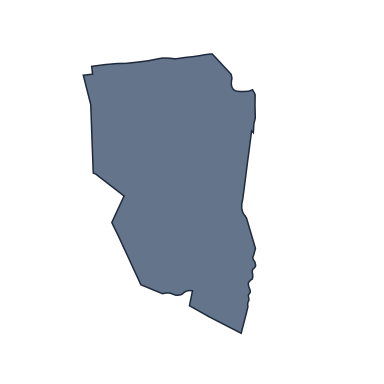 El Porvenir, Chiapas, Mexico, rotated 253°
{"feature_id": "50627088B63414133184656", "entity_name": "El Porvenir", "entity_type": "district", "adm_level": 2, "iso_a3": "MEX", "parent_name": "Mexico", "parent_adm1": "Chiapas", "projection": "albers", "projection_center": [-92.269, 15.429], "detail": "fine", "context": "isolated", "style": "filled", "palette": "slate", "viewbox_px": 384, "rotation_deg": 253, "n_neighbors": 0, "source": "geoboundaries", "source_scale": "gbopen_adm2", "svg_char_len": 1927}
<svg xmlns="http://www.w3.org/2000/svg" viewBox="0 0 384 384"><g transform="rotate(253 192 192)"><path d="M335.5,122.2L305.1,120.7L271.4,111.7L239.0,103.1L238.8,103.4L237.3,105.2L233.4,107.9L228.5,111.4L221.0,116.7L208.5,125.5L208.0,125.9L206.8,124.8L204.9,123.1L204.4,122.6L193.5,112.8L186.3,106.4L181.3,107.1L180.3,107.3L180.2,107.3L177.2,107.8L174.5,108.2L174.3,108.3L174.2,108.3L173.8,108.4L163.7,109.8L158.8,110.4L155.0,111.0L149.9,111.7L144.7,112.4L139.5,113.1L134.8,113.7L129.3,114.5L125.1,115.1L118.2,116.0L103.4,134.0L102.9,138.2L102.0,140.8L100.8,142.7L99.1,144.8L97.8,146.7L97.3,149.1L97.0,151.1L97.3,153.0L98.2,154.9L98.9,157.7L98.5,160.9L97.4,163.6L84.0,156.3L78.9,161.2L67.7,171.8L42.5,197.7L60.1,208.5L66.1,212.0L68.0,212.3L70.2,213.2L71.6,214.7L73.4,215.2L75.4,215.4L77.2,215.9L78.7,218.1L80.1,218.8L82.1,218.8L85.0,218.6L87.0,218.8L88.8,219.5L90.5,222.0L91.0,224.0L92.5,225.1L95.4,226.0L97.5,226.1L100.1,227.2L101.0,229.2L102.3,231.0L103.7,231.5L106.6,231.7L108.8,231.0L110.8,230.8L112.2,231.3L113.5,232.4L116.6,234.4L119.5,236.2L151.0,236.5L154.0,235.7L156.2,234.8L158.7,234.6L162.0,234.8L166.3,236.2L169.4,238.0L174.8,240.5L189.8,247.3L204.5,253.9L216.9,259.6L232.9,266.8L230.7,268.0L238.9,271.0L244.1,274.1L256.5,277.6L264.0,280.0L266.9,280.9L270.0,280.2L272.1,279.8L271.8,276.1L272.1,274.3L273.2,270.1L273.4,269.4L274.4,266.5L275.7,263.5L278.0,261.5L278.5,261.4L280.4,260.9L281.2,260.9L283.8,261.1L285.2,261.7L286.7,262.2L288.9,263.4L292.4,263.8L293.1,263.8L295.7,262.6L298.6,261.2L302.0,259.5L304.7,258.2L307.5,256.9L309.4,255.9L311.7,254.8L313.7,253.9L315.4,253.0L318.1,251.7L318.9,248.3L319.5,244.7L320.2,238.8L321.2,232.1L322.6,225.2L323.5,219.3L324.2,215.0L326.1,210.7L327.4,207.3L328.9,202.2L329.5,196.5L330.3,188.4L332.5,176.0L334.3,166.5L336.7,158.2L339.2,146.4L341.5,132.8L333.7,131.4L334.6,127.0L335.0,124.5L335.0,124.3L335.5,122.2Z" fill="#64748b" stroke="#1e293b" stroke-width="1.5"/></g></svg>